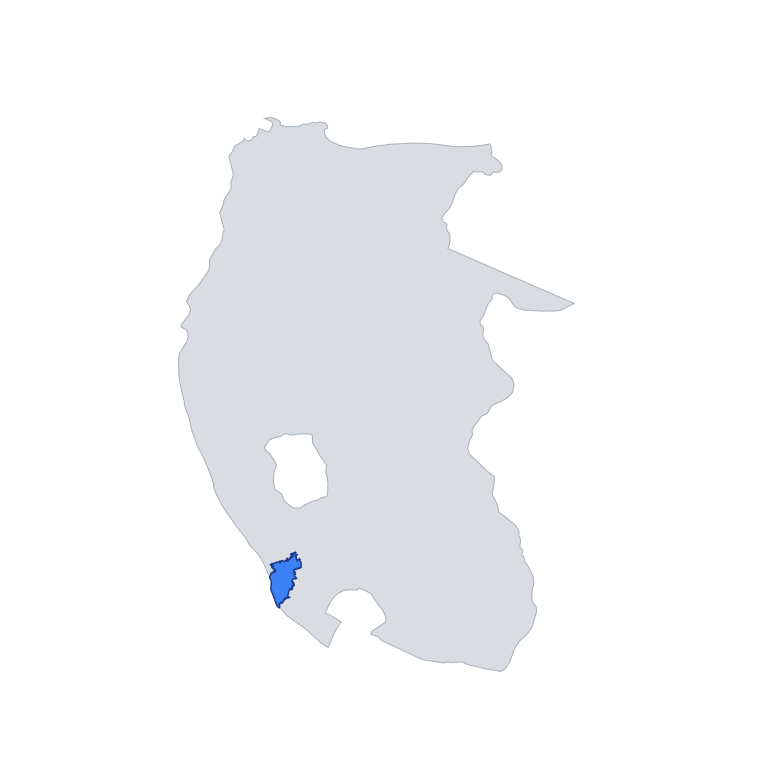 Uthungulu, KwaZulu-Natal, South Africa shown in context, rotated 115°
{"feature_id": "47623444B51210648784187", "entity_name": "Uthungulu", "entity_type": "district", "adm_level": 2, "iso_a3": "ZAF", "parent_name": "South Africa", "parent_adm1": "KwaZulu-Natal", "projection": "robinson", "projection_center": [31.342, -28.763], "detail": "fine", "context": "in_parent", "style": "filled", "palette": "blue", "viewbox_px": 768, "rotation_deg": 115, "n_neighbors": 0, "source": "geoboundaries", "source_scale": "gbopen_adm2", "svg_char_len": 9138}
<svg xmlns="http://www.w3.org/2000/svg" viewBox="0 0 768 768"><g transform="rotate(115 384 384)"><path d="M525.2,149.6L542.5,147.1L550.2,148.5L559.6,152.5L568.3,153.9L583.1,152.5L588.2,153.2L592.2,154.5L595.1,156.7L599.4,172.5L603.0,189.6L602.9,195.1L603.5,197.2L607.7,204.4L609.2,208.9L611.7,212.5L617.0,230.7L617.6,233.9L617.5,277.8L615.5,283.1L616.4,290.0L613.9,290.9L599.2,282.1L596.7,282.4L592.5,285.7L588.7,290.8L587.0,295.2L579.6,307.1L579.1,314.6L579.7,321.0L582.2,321.3L583.9,325.9L588.0,333.3L594.7,338.0L601.0,340.1L609.7,340.7L616.6,340.5L616.2,335.6L617.8,322.2L629.3,323.9L646.4,323.4L645.2,332.0L639.0,351.8L635.0,374.0L629.9,385.2L627.0,389.8L618.7,398.0L614.4,400.7L610.8,401.7L596.7,418.2L591.4,426.2L586.7,437.8L582.1,444.2L575.3,457.8L563.5,477.9L553.5,491.1L549.1,494.9L546.1,496.6L538.1,504.3L527.0,516.6L518.5,527.5L505.8,539.9L498.4,545.3L487.4,556.0L484.3,557.6L471.9,567.5L463.0,573.5L448.6,580.5L442.8,582.4L429.0,580.6L423.3,581.6L418.5,585.8L418.2,591.9L416.2,592.8L403.5,590.0L398.2,590.5L395.3,593.7L392.9,597.8L385.6,598.0L372.6,593.8L357.4,591.2L353.8,590.9L346.6,594.0L344.0,594.5L333.2,593.8L327.2,591.8L321.5,591.8L317.2,593.5L311.9,594.0L298.0,605.4L290.6,605.4L284.3,606.8L273.0,605.2L269.6,605.9L266.3,607.9L258.7,608.8L255.8,610.5L243.2,620.9L237.8,619.8L231.1,619.7L223.3,614.2L220.4,614.5L221.1,612.8L221.2,609.9L218.4,606.9L215.4,607.1L213.8,604.6L209.2,604.3L205.4,605.1L204.4,595.5L202.5,594.5L197.9,594.3L195.7,594.7L194.7,595.5L193.6,597.8L193.8,604.5L192.2,602.5L190.2,598.5L189.4,594.2L189.9,589.2L193.3,587.2L192.0,580.9L186.2,569.8L182.8,567.4L180.0,561.7L177.3,559.7L176.1,555.7L173.4,552.5L172.4,547.5L173.7,544.6L175.8,543.0L178.1,545.5L180.9,544.6L184.7,540.9L186.8,535.4L186.6,526.6L185.8,521.1L182.1,506.8L180.4,503.6L172.9,493.4L164.1,479.7L152.7,458.2L147.1,445.2L138.6,419.1L131.4,404.4L122.7,390.6L121.6,389.7L122.8,388.0L127.2,384.8L129.1,384.0L130.2,384.4L131.2,383.5L132.2,381.3L132.7,376.4L134.7,371.3L136.4,369.1L140.3,367.7L143.4,369.6L144.7,371.5L145.3,374.0L146.6,375.2L148.7,375.1L150.3,376.6L151.2,379.8L151.1,382.0L150.0,383.5L150.2,385.3L151.8,387.6L153.6,392.7L161.7,395.3L166.3,395.7L170.6,396.9L174.7,399.2L181.4,399.8L190.6,398.6L198.2,399.1L204.2,401.3L208.6,401.7L211.2,400.3L212.3,398.3L211.9,395.7L213.2,394.0L216.2,393.3L218.5,391.3L220.2,388.1L224.4,385.4L230.9,383.4L234.2,383.4L230.7,245.7L242.6,255.2L245.5,259.6L251.5,272.5L257.8,288.4L259.0,296.1L258.8,297.7L253.0,308.2L252.9,313.3L253.7,319.4L255.2,322.4L257.0,323.4L261.1,321.9L267.6,323.5L279.9,322.8L286.0,323.6L287.6,323.1L288.9,321.8L290.5,318.2L291.9,317.0L297.5,315.4L300.1,313.3L304.0,306.1L316.0,296.5L317.3,294.2L324.5,271.2L326.8,268.0L330.2,265.8L336.9,264.1L340.8,265.0L345.1,267.0L350.0,270.3L357.3,276.6L359.7,277.5L366.9,277.8L371.4,281.9L384.9,284.7L388.8,284.6L392.9,282.3L399.8,282.4L407.2,280.9L411.6,276.8L420.0,251.6L420.9,246.1L421.8,244.6L428.9,241.8L437.4,239.6L439.2,238.4L444.5,231.4L451.5,225.6L456.2,205.5L459.4,200.8L461.3,198.8L462.6,198.7L464.4,197.5L466.7,195.0L469.5,193.5L472.7,192.9L474.7,191.3L475.7,188.6L477.3,187.3L479.7,187.3L481.0,186.5L481.3,184.7L486.6,180.4L486.7,178.6L489.7,174.4L495.5,167.6L501.1,163.9L506.3,163.1L515.9,159.6L519.3,156.4L521.5,152.0L525.2,149.6ZM510.8,446.3L519.3,442.9L525.5,438.5L526.9,430.3L531.7,425.3L533.4,420.6L534.7,414.1L531.8,407.4L527.9,405.4L520.7,399.6L517.6,395.6L513.3,392.3L510.2,388.3L505.3,389.6L497.7,392.8L493.0,395.8L489.0,399.3L481.9,401.8L475.4,412.9L473.2,415.4L468.0,423.5L460.5,427.5L460.4,428.9L462.9,435.5L466.5,442.1L470.2,447.4L470.1,450.8L471.3,453.3L474.6,455.1L480.3,461.8L483.0,464.0L491.5,465.6L492.7,465.2L494.9,461.2L495.2,458.4L500.7,449.7L503.2,447.0L510.8,446.3Z" fill="#d9dde1" stroke="#a8b0b8" stroke-width="1"/><path d="M607.5,406.1L608.6,404.9L609.6,403.5L610.1,402.9L610.5,402.7L612.1,401.9L612.8,401.8L614.2,401.2L615.3,400.9L616.0,400.5L616.6,400.3L618.0,399.6L618.8,399.0L620.0,397.7L620.7,397.1L621.0,396.5L621.9,395.8L622.9,394.6L624.1,393.5L625.0,392.3L625.8,391.5L626.6,391.0L627.1,390.5L627.4,390.3L627.8,389.6L628.7,388.9L629.3,388.2L630.0,387.3L630.6,386.2L631.0,385.1L631.1,384.4L630.4,384.3L630.3,384.5L630.0,384.7L629.6,384.7L628.6,385.0L628.2,385.6L627.9,386.0L627.6,386.0L627.3,385.7L627.1,385.6L626.6,385.4L626.3,385.1L626.2,384.8L625.9,385.0L625.2,385.1L625.4,384.2L625.4,383.6L624.7,383.7L623.0,383.2L622.7,383.4L622.5,383.7L622.3,383.8L622.1,383.3L621.9,383.1L621.4,382.9L620.8,383.3L620.4,383.4L620.1,383.6L619.8,383.7L619.7,383.6L619.6,383.3L619.8,383.0L619.8,382.5L620.0,382.2L619.5,382.2L619.4,381.7L619.0,381.4L618.7,381.9L618.3,381.8L618.0,381.4L617.7,381.2L617.6,380.9L618.0,380.8L618.6,381.0L618.7,380.9L618.6,380.7L618.3,380.1L617.7,380.1L617.3,379.7L617.3,380.1L616.7,381.8L611.8,382.7L609.6,382.8L609.8,382.0L609.6,382.0L609.2,381.7L608.8,381.2L608.7,380.9L608.6,380.5L609.0,380.5L608.9,380.4L608.5,380.4L608.1,380.6L607.8,380.7L607.8,380.9L608.1,381.2L608.0,381.3L607.7,381.3L607.5,381.5L607.3,381.6L606.9,381.1L606.7,381.0L606.3,381.3L606.4,381.6L606.0,381.8L605.4,381.5L605.5,380.7L605.1,380.5L605.1,381.1L604.7,380.7L604.4,380.6L604.1,380.6L604.0,381.0L603.8,381.2L603.6,380.9L603.3,380.9L603.1,381.0L603.1,381.3L603.3,381.6L603.6,381.8L603.2,382.1L602.9,382.7L602.8,382.9L602.6,382.9L602.4,382.6L602.5,382.4L602.4,382.3L602.2,382.4L601.7,382.8L602.1,384.2L601.2,384.1L600.2,384.4L599.1,383.7L597.4,381.3L597.1,381.1L596.9,381.6L596.6,381.8L596.5,382.1L596.5,382.4L596.6,382.7L596.4,383.0L596.5,383.4L595.8,384.1L595.6,383.8L594.8,384.6L593.9,383.9L593.1,384.5L593.0,384.4L592.0,385.3L592.6,385.8L592.0,385.7L591.9,385.8L591.9,386.1L591.9,386.3L591.8,386.7L591.5,386.9L591.4,387.1L591.1,387.2L591.1,386.9L590.9,386.8L590.7,386.9L590.1,386.8L590.1,386.7L589.9,386.7L589.5,386.4L589.4,386.4L589.2,386.2L589.3,386.1L589.7,386.0L589.7,385.7L589.8,385.7L589.6,385.6L589.2,385.4L588.8,385.4L588.7,385.3L588.6,385.5L588.3,385.5L588.3,385.4L588.3,385.2L588.6,385.3L588.6,385.1L588.1,385.0L588.0,384.8L588.0,384.7L588.0,384.2L587.9,384.2L587.7,383.8L587.3,383.7L587.2,383.7L586.8,383.4L586.7,383.5L586.7,383.1L586.8,383.0L586.8,382.9L586.6,382.8L586.7,382.7L586.3,382.4L585.9,382.4L585.7,382.1L585.6,381.5L585.9,381.3L580.6,383.9L579.7,385.9L579.1,386.0L578.7,385.9L578.6,386.5L578.2,386.8L578.7,387.1L579.1,387.4L579.4,387.6L579.8,387.9L579.7,388.0L580.3,388.3L580.8,388.1L579.2,390.1L578.1,390.1L577.5,390.6L577.6,391.2L577.4,391.5L576.1,390.7L575.8,390.6L575.4,390.6L575.5,390.9L575.9,391.4L575.5,392.2L574.9,392.4L574.3,392.7L574.0,392.7L573.9,392.9L573.9,393.2L574.3,393.2L574.4,393.4L574.8,393.5L574.9,393.9L574.9,394.3L575.3,394.5L575.5,394.5L575.7,394.2L576.2,394.0L576.9,394.2L577.0,394.7L577.3,394.9L577.3,395.1L577.1,395.3L576.4,395.4L576.3,395.6L576.4,395.9L577.3,396.3L577.6,396.7L577.9,396.6L577.7,395.7L577.7,395.4L577.9,395.2L578.3,395.1L578.5,394.8L578.6,394.6L578.5,394.4L578.1,394.0L578.1,393.7L578.4,393.6L578.7,393.6L579.1,394.0L579.4,393.9L579.9,394.1L580.3,394.0L580.3,394.4L580.1,394.9L579.5,395.4L579.7,395.6L580.1,395.7L580.7,395.5L581.1,395.5L581.5,395.8L582.1,395.1L582.3,395.1L582.5,395.2L583.0,395.9L583.1,396.3L583.2,396.6L583.2,397.0L582.9,397.5L582.8,397.9L582.8,398.1L583.0,398.2L583.5,398.3L583.9,398.3L584.1,398.1L584.1,397.9L583.8,397.5L583.6,397.1L584.0,396.5L584.4,396.1L584.6,396.1L584.8,396.4L585.2,396.5L585.5,396.7L585.5,397.0L585.3,397.3L585.0,397.5L584.9,397.8L585.5,398.6L586.2,398.5L586.9,398.9L587.0,399.1L587.2,399.4L587.2,399.6L586.9,399.9L586.8,400.1L587.1,400.8L587.0,401.5L587.5,402.1L588.0,402.2L588.3,402.5L588.3,403.2L588.4,403.6L588.9,403.8L589.1,403.6L589.1,403.3L588.8,403.1L588.6,402.6L588.6,402.4L588.9,402.3L589.3,402.5L590.0,402.5L590.1,402.9L589.8,403.6L589.7,404.0L589.9,404.3L590.3,405.2L590.9,405.8L591.1,405.8L591.5,405.7L591.7,405.9L591.8,406.2L591.6,406.4L591.6,406.8L592.6,407.4L592.7,407.8L592.8,408.0L593.4,408.1L593.8,408.5L593.9,409.0L593.9,409.4L593.9,409.5L594.2,409.5L594.5,409.3L594.7,408.7L594.9,408.4L595.1,408.3L595.5,409.3L595.3,409.7L595.1,409.9L595.0,410.1L595.4,410.2L595.7,410.6L595.8,410.6L595.7,409.9L596.1,409.6L596.1,409.4L596.3,409.4L596.4,409.2L596.1,408.8L596.5,409.0L596.6,408.9L596.3,408.6L596.6,408.5L596.7,408.4L596.3,408.2L596.6,408.1L596.4,408.0L596.4,407.9L596.6,407.9L596.6,407.7L597.0,407.8L596.8,407.6L597.0,407.5L596.8,407.4L597.3,407.3L597.5,407.5L597.9,407.0L598.0,407.0L598.3,406.6L598.3,406.2L598.1,406.4L597.8,406.2L597.6,406.3L597.8,406.1L597.9,405.9L597.9,405.6L598.1,405.4L598.1,404.9L598.0,404.6L598.0,404.2L598.3,404.1L598.3,403.9L598.5,403.9L598.8,404.0L598.9,403.9L598.9,404.1L599.1,403.9L599.2,403.7L599.4,403.8L599.5,404.0L599.6,403.8L599.9,403.7L600.1,403.9L600.2,403.6L600.5,403.6L600.5,403.4L600.7,403.5L600.7,404.1L600.3,404.2L600.3,404.4L600.3,404.5L600.6,404.4L600.9,404.4L600.9,404.2L601.0,404.2L601.0,404.3L600.9,404.6L601.0,405.0L601.4,404.9L601.9,405.1L601.9,405.4L602.3,405.3L602.2,405.6L602.3,405.8L602.5,405.7L602.4,405.6L602.5,405.4L602.7,405.5L602.6,405.8L602.9,406.1L603.2,406.2L603.1,405.9L603.3,406.0L603.5,406.3L603.8,406.2L603.9,406.3L604.4,406.0L607.5,406.1Z" fill="#3b82f6" stroke="#1e3a8a" stroke-width="1.5"/></g></svg>